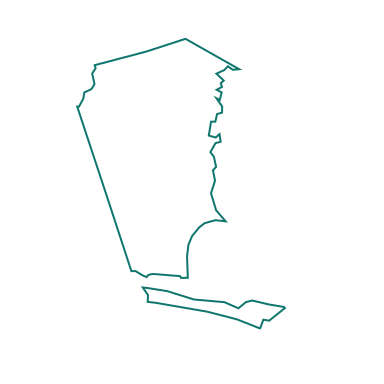 outline of Nueces, Texas, United States of America, rotated 72°
{"feature_id": "52423323B60755765681698", "entity_name": "Nueces", "entity_type": "district", "adm_level": 2, "iso_a3": "USA", "parent_name": "United States of America", "parent_adm1": "Texas", "projection": "albers", "projection_center": [-97.486, 27.777], "detail": "fine", "context": "isolated", "style": "outline", "palette": "teal", "viewbox_px": 384, "rotation_deg": 72, "n_neighbors": 0, "source": "geoboundaries", "source_scale": "gbopen_adm2", "svg_char_len": 1143}
<svg xmlns="http://www.w3.org/2000/svg" viewBox="0 0 384 384"><g transform="rotate(72 192 192)"><path d="M41.3,245.4L44.5,245.4L48.4,250.3L59.2,251.4L63.0,255.7L64.1,263.7L69.5,266.4L75.9,273.1L75.3,274.8L165.2,274.3L248.5,274.1L249.7,270.2L256.2,264.6L258.9,261.5L257.7,259.7L257.4,257.4L258.1,253.9L268.3,229.4L270.3,229.0L272.3,222.5L251.4,216.5L241.1,211.7L233.9,205.5L227.9,196.1L225.6,189.9L225.6,188.4L225.8,183.2L226.1,178.2L230.3,169.1L216.9,174.7L199.1,174.3L188.3,166.6L177.9,165.4L175.5,161.3L165.3,160.3L159.8,162.2L152.8,154.6L153.0,149.2L145.5,148.0L147.5,152.6L143.5,158.6L131.0,152.1L132.3,148.1L125.6,144.0L125.8,138.9L120.0,136.9L110.4,139.8L113.0,137.1L106.4,133.0L102.4,136.9L101.3,131.0L97.5,131.1L95.8,127.4L87.0,132.2L86.0,123.5L83.5,119.1L88.4,115.3L89.8,109.2L44.3,150.9L44.3,192.1L41.3,245.4ZM331.1,139.5L329.6,140.3L322.9,153.3L313.8,168.3L313.4,174.7L316.9,183.8L306.8,195.2L294.8,223.4L278.7,246.1L278.6,246.3L269.6,263.9L267.6,268.3L276.4,265.7L282.8,268.1L286.3,260.5L310.3,214.9L327.0,188.6L342.3,170.1L342.7,169.3L335.5,163.6L338.2,158.4L331.1,139.5Z" fill="none" stroke="#0f766e" stroke-width="2"/></g></svg>